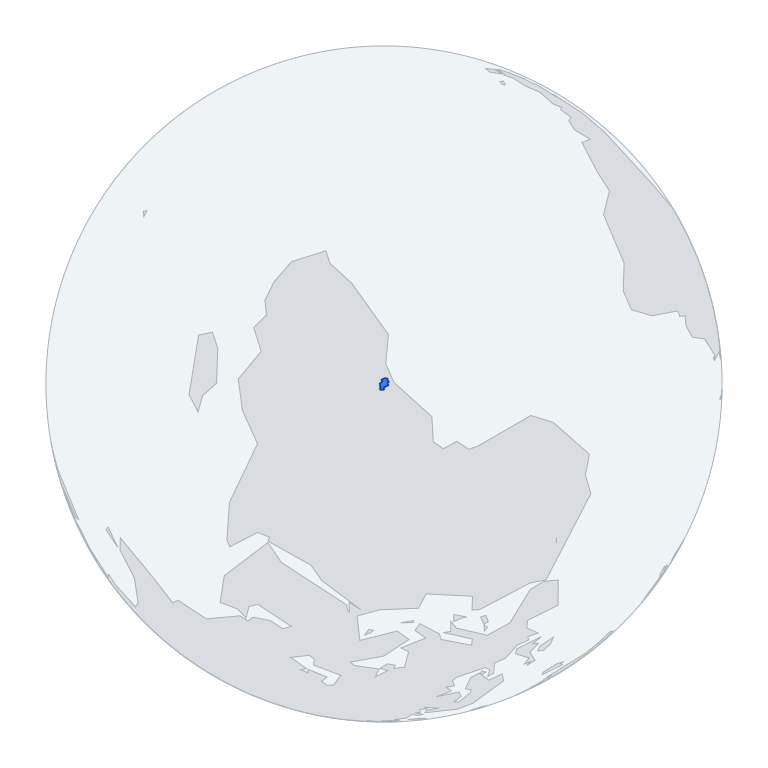 Cuanza Norte on an orthographic globe, rotated 163°
{"feature_id": "AGO-1878", "entity_name": "Cuanza Norte", "entity_type": "Province", "adm_level": 1, "iso_a3": "AGO", "parent_name": "Angola", "parent_adm1": "", "projection": "orthographic", "projection_center": [14.948, -8.858], "detail": "fine", "context": "on_globe", "style": "filled", "palette": "blue", "viewbox_px": 768, "rotation_deg": 163, "n_neighbors": 0, "source": "natural_earth", "source_scale": "10m", "svg_char_len": 7545}
<svg xmlns="http://www.w3.org/2000/svg" viewBox="0 0 768 768"><g transform="rotate(163 384 384)"><circle cx="384" cy="384" r="338" fill="#eef3f6" stroke="#a8b0b8"/><path d="M201.4,99.7L193.3,106.1L188.4,109.8L175.3,118.7L171.9,121.0L201.4,99.7ZM163.6,127.9L154.2,136.2L153.2,137.4L155.3,135.8L160.9,130.9L157.2,134.6L142.6,147.6L145.7,144.4L150.4,140.0L148.9,141.3L163.6,127.9ZM53.4,313.9L54.6,309.2L50.9,328.3L55.0,309.1L54.2,316.7L60.7,310.3L59.3,315.1L64.2,333.3L75.5,338.6L78.1,351.8L76.1,361.2L81.4,362.2L81.6,368.0L107.8,370.9L125.6,382.6L128.0,403.2L119.0,429.4L124.5,481.7L111.9,502.8L117.9,524.1L124.1,557.1L115.3,557.9L127.4,571.4L130.3,581.8L127.2,584.4L134.9,594.8L133.0,596.6L140.2,602.1L149.5,617.4L161.3,627.2L171.3,639.1L179.1,644.5L178.3,645.1L180.7,648.0L185.1,651.4L177.2,648.0L160.9,635.1L153.3,627.4L152.0,627.2L134.6,607.5L137.8,612.2L114.8,584.6L99.3,560.2L67.1,492.7L62.1,480.5L57.1,469.3L54.9,460.5L50.2,436.3L47.2,411.9L46.1,387.3L46.8,362.6L49.2,338.1L53.4,313.9ZM194.5,656.0L179.9,649.9L186.2,652.3L180.2,645.8L191.7,651.3L194.5,656.0ZM181.3,638.9L180.5,634.6L183.4,635.9L184.6,639.2L181.3,638.9ZM470.2,57.3L479.9,60.0L475.9,58.8L499.3,66.4L522.2,75.6L544.3,86.5L565.6,99.0L586.0,113.1L605.2,128.5L623.3,145.4L640.1,163.5L655.5,182.8L669.5,203.1L681.9,224.5L692.8,246.7L702.0,269.6L709.5,293.1L715.2,317.1L711.5,302.3L715.9,325.3L720.1,350.1L721.8,375.8L720.9,364.7L718.6,342.0L716.6,332.8L713.3,312.3L704.3,280.0L703.1,282.4L699.5,270.5L686.9,243.6L683.1,246.7L679.4,271.7L685.0,302.3L681.1,314.0L661.2,265.9L650.0,236.5L644.3,237.5L622.6,211.3L589.4,204.4L583.4,197.0L577.5,199.3L562.0,191.0L552.3,179.5L543.5,179.4L569.1,210.1L578.3,210.7L584.2,200.6L589.8,211.6L604.5,223.1L592.9,247.2L541.5,266.3L534.4,243.5L484.4,183.7L484.8,177.7L484.5,177.0L483.7,175.8L481.3,185.5L472.0,174.8L501.0,214.2L506.7,231.9L540.8,267.6L538.1,271.0L548.5,279.0L579.0,273.4L579.7,281.0L566.5,315.8L522.4,363.9L527.1,400.2L521.9,431.3L491.9,451.0L492.1,476.0L476.2,484.3L473.5,498.6L459.4,513.7L436.7,528.0L400.7,528.4L400.4,515.0L385.4,489.7L365.3,430.0L376.4,402.8L374.0,382.3L347.8,338.8L353.7,314.3L346.2,304.7L331.0,307.9L322.1,296.7L312.7,297.1L252.8,310.9L233.5,297.9L208.1,256.7L218.1,237.9L218.2,218.6L286.3,149.4L302.7,151.0L358.5,140.3L365.9,142.0L361.4,155.2L405.1,170.9L416.6,159.5L454.0,169.3L477.5,170.0L482.1,145.8L443.6,143.9L434.8,132.4L463.9,123.9L497.3,127.8L494.9,123.6L472.1,112.9L477.9,106.5L463.9,108.9L471.0,113.2L462.4,115.4L455.5,111.7L457.8,109.2L447.2,107.1L438.8,120.7L445.0,126.6L418.5,128.9L426.3,139.3L419.7,144.3L404.0,128.7L404.2,123.1L376.6,108.6L374.0,114.3L399.9,128.9L392.6,127.8L389.4,137.5L386.1,129.3L358.5,113.5L333.3,118.8L304.3,144.7L289.0,148.5L274.7,145.6L282.2,121.5L315.7,116.1L318.8,109.0L309.4,100.8L320.3,100.4L320.6,96.9L333.0,95.3L347.9,86.3L360.1,84.8L363.5,75.5L370.3,74.0L366.3,79.6L370.1,83.3L400.2,82.3L405.2,80.3L405.0,74.8L413.3,75.9L409.3,70.9L425.3,69.6L402.3,67.5L401.5,62.7L409.8,59.6L405.4,58.1L391.8,63.4L390.1,66.1L395.3,68.7L387.1,77.8L377.3,79.7L370.3,70.1L355.6,72.3L356.5,65.2L392.6,52.7L408.9,51.6L441.0,57.7L438.7,59.6L425.9,57.9L439.9,63.0L437.7,60.8L444.6,62.2L445.5,59.4L450.5,60.4L442.9,56.5L449.1,57.4L453.7,59.8L460.3,58.0L472.4,60.2L471.5,59.5L467.2,58.0L485.4,62.7L484.0,62.0L477.4,60.1L470.3,57.8L464.7,55.9L471.4,57.6L474.2,58.5L490.3,63.6L497.0,66.6L499.1,67.3L494.9,65.1L475.3,58.7L470.1,57.2L470.2,57.3ZM265.4,181.2L264.1,186.7L264.1,186.8L265.4,181.2ZM534.7,146.3L553.3,149.9L541.2,134.5L547.3,135.0L541.0,130.0L540.2,133.4L524.1,120.5L530.7,118.0L526.6,112.4L520.1,111.0L510.5,118.0L533.6,135.9L530.9,141.1L534.7,146.3ZM61.0,309.8L61.4,312.9L60.0,313.9L61.0,309.8ZM66.7,271.1L67.4,271.4L65.5,274.3L66.7,271.1ZM66.1,269.4L66.0,271.7L62.5,279.9L62.6,279.5L66.1,269.4ZM155.1,135.4L156.2,134.5L157.2,133.9L154.4,136.3L155.1,135.4ZM175.4,121.4L168.9,127.8L171.6,124.4L166.5,128.3L165.8,126.9L185.9,111.6L176.9,118.4L175.4,121.4ZM170.1,122.4L170.5,122.1L168.7,123.8L169.8,122.6L170.1,122.4ZM310.0,82.6L315.0,83.7L311.4,87.7L296.0,92.4L301.0,86.4L310.0,82.6ZM323.0,84.8L320.3,75.5L329.8,73.1L324.9,75.8L331.5,75.2L325.4,79.6L337.1,87.6L334.7,91.8L307.4,96.4L317.6,92.2L312.1,90.9L323.0,84.8ZM296.7,64.9L295.7,63.3L317.6,59.8L316.1,61.9L300.5,65.9L293.3,65.9L296.7,64.9ZM349.3,47.9L346.5,48.2L342.1,48.9L337.4,49.5L337.7,49.6L333.6,50.4L332.4,50.9L323.6,52.5L321.4,53.4L318.4,53.7L317.1,55.1L314.1,54.9L308.5,56.6L314.4,55.9L269.4,67.8L252.8,74.6L240.6,80.9L237.1,81.0L246.3,75.7L260.2,69.6L289.2,59.7L319.0,52.4L349.3,47.9ZM373.0,137.0L378.4,137.3L386.7,136.5L384.7,143.1L373.0,137.0ZM353.8,126.1L358.6,125.1L359.9,132.9L354.3,133.0L353.8,126.1ZM360.1,118.4L358.7,124.4L356.1,121.2L360.1,118.4ZM370.6,78.7L375.5,77.8L376.5,79.1L374.3,81.2L370.6,78.7ZM386.9,47.1L382.5,46.8L383.7,46.7L379.2,46.2L386.1,46.1L391.4,46.4L386.9,47.1ZM476.2,149.5L470.1,153.8L466.3,151.4L469.1,150.3L476.2,149.5ZM425.8,147.4L437.8,150.7L425.1,149.2L425.8,147.4ZM393.6,46.9L391.0,46.6L396.1,46.8L393.6,46.9ZM390.9,46.2L396.6,46.4L386.4,46.1L390.9,46.2ZM564.7,614.3L563.7,619.5L560.1,619.1L564.7,614.3ZM573.5,430.8L547.0,484.9L532.9,483.8L532.5,466.9L543.8,433.8L560.9,425.8L570.0,411.6L573.5,430.8ZM719.3,426.1L719.5,424.2L720.0,420.4L719.3,426.1ZM720.2,417.8L720.1,418.8L720.9,397.1L715.6,343.4L717.7,346.7L721.9,382.4L721.8,386.8L721.6,398.1L720.2,417.8ZM686.3,305.5L692.4,325.8L689.6,327.7L686.3,305.5ZM448.2,52.2L446.9,52.3L450.4,53.8L459.5,56.2L446.1,53.5L440.7,51.2L447.1,52.0L448.2,52.2Z" fill="#d9dde1" stroke="#a8b0b8" stroke-width="1"/><path d="M386.7,378.6L386.8,378.7L386.8,378.8L386.8,379.0L387.1,379.3L387.3,379.3L387.5,379.3L387.6,379.2L387.8,379.1L388.0,379.0L388.4,379.0L388.5,379.0L388.8,379.3L388.7,379.3L388.7,379.5L388.9,379.5L389.0,379.7L389.0,379.9L389.0,380.2L389.0,380.5L389.0,380.8L389.0,381.1L389.1,381.3L388.4,381.6L388.2,381.8L388.2,382.0L388.0,382.3L387.9,382.5L388.0,382.8L388.4,383.0L388.5,383.1L388.5,383.3L388.3,383.6L388.2,384.1L388.1,384.7L388.0,384.9L388.0,385.0L388.0,385.3L388.0,385.7L388.0,385.8L387.9,385.8L387.6,385.9L387.4,385.9L387.2,385.8L386.9,385.9L386.8,386.0L386.7,386.0L386.3,386.2L386.1,386.2L385.8,386.4L385.7,386.6L385.6,386.8L385.4,386.9L385.2,386.9L384.9,387.0L385.2,387.3L385.3,387.5L385.2,387.7L385.0,387.9L385.0,388.0L385.2,388.3L385.2,388.5L385.2,388.8L384.9,389.1L384.7,389.1L384.3,388.9L384.1,388.8L384.0,389.0L383.9,389.1L383.5,389.0L383.2,389.1L382.9,389.2L382.9,389.3L382.2,389.4L381.8,389.4L381.7,389.4L381.4,389.3L381.3,389.2L381.2,389.2L381.0,388.9L380.9,388.9L380.6,388.8L380.4,388.9L380.1,388.8L380.1,388.7L379.9,388.6L379.7,388.6L379.4,388.5L379.3,388.4L379.2,388.1L379.0,387.9L379.2,387.4L379.4,386.9L379.6,386.6L379.6,386.4L379.5,386.1L379.5,385.9L379.4,385.7L379.1,385.6L378.9,385.5L378.9,385.4L379.0,385.3L379.2,385.2L379.3,385.0L379.3,384.9L379.1,384.6L378.9,384.5L379.0,384.4L379.2,384.2L379.8,384.0L380.1,383.9L380.3,383.8L380.4,383.7L380.5,383.6L380.6,383.4L380.7,383.2L380.4,382.5L380.3,382.3L380.1,382.2L380.0,381.9L380.0,381.7L380.5,381.3L380.7,381.2L380.8,381.2L381.0,381.2L381.1,381.3L381.4,381.2L381.5,381.3L381.9,381.3L382.0,381.3L382.3,381.3L382.5,381.3L382.9,381.3L383.0,381.3L383.3,381.3L383.3,381.2L383.5,381.0L383.6,380.8L383.6,380.7L383.8,380.6L384.0,380.6L384.3,380.7L384.3,380.8L384.5,380.8L384.6,380.7L384.8,380.7L385.0,380.7L385.1,380.4L385.3,380.3L385.4,380.2L385.5,380.1L385.5,379.8L385.5,379.7L385.6,379.4L385.4,379.4L385.4,379.2L385.5,379.1L385.5,378.9L385.4,378.8L385.6,378.7L385.9,378.6L386.6,378.6L386.7,378.6Z" fill="#3b82f6" stroke="#1e3a8a" stroke-width="1.5"/></g></svg>